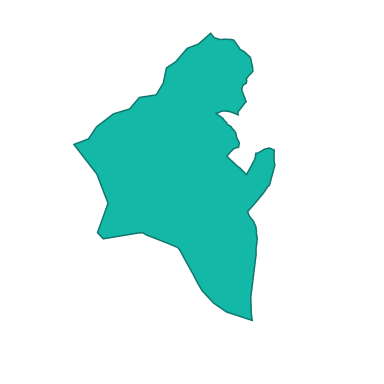 the district of Old Tafo Municipal, Ashanti, Ghana, rotated 69°
{"feature_id": "2480657B10806173713075", "entity_name": "Old Tafo Municipal", "entity_type": "district", "adm_level": 2, "iso_a3": "GHA", "parent_name": "Ghana", "parent_adm1": "Ashanti", "projection": "albers", "projection_center": [-1.61, 6.738], "detail": "fine", "context": "isolated", "style": "filled", "palette": "teal", "viewbox_px": 384, "rotation_deg": 69, "n_neighbors": 0, "source": "geoboundaries", "source_scale": "gbopen_adm2", "svg_char_len": 2377}
<svg xmlns="http://www.w3.org/2000/svg" viewBox="0 0 384 384"><g transform="rotate(69 192 192)"><path d="M50.5,117.7L56.2,133.0L56.2,145.0L64.6,160.6L67.0,171.4L80.1,179.8L88.5,190.6L84.9,207.3L92.1,220.5L90.9,237.3L96.9,257.6L105.3,269.6L105.3,285.2L141.2,274.4L172.4,274.4L196.1,294.8L203.9,291.6L211.1,256.5L211.6,255.0L212.1,253.4L212.7,252.3L215.7,250.0L232.8,231.3L237.0,227.0L238.0,225.7L239.7,224.9L242.3,224.1L251.3,223.0L268.9,220.5L279.5,219.3L287.8,217.9L303.7,211.5L309.9,207.2L316.4,202.8L333.5,181.8L327.0,180.3L311.4,174.9L273.4,154.6L267.6,152.4L267.2,152.2L266.2,151.6L265.3,151.2L264.4,150.6L263.7,150.1L262.4,149.7L261.3,149.0L260.1,148.4L258.7,147.9L257.3,147.3L255.8,147.0L254.7,147.0L254.2,146.9L253.8,146.8L253.2,146.5L252.0,146.0L251.0,145.7L249.6,145.4L248.1,145.0L246.9,144.7L245.6,144.9L244.0,145.0L242.0,145.0L240.3,145.4L238.6,145.9L237.1,146.5L235.6,146.9L234.1,147.2L232.0,147.1L230.3,147.2L223.7,134.7L219.4,127.0L216.1,122.0L214.0,119.4L213.6,117.4L196.6,105.0L191.7,104.1L188.3,102.6L186.9,102.2L182.4,100.2L178.6,104.0L178.3,106.6L178.0,109.1L178.6,112.1L179.2,116.8L178.7,118.4L180.0,119.3L181.2,119.7L183.8,121.7L185.4,123.3L186.2,124.3L188.3,126.6L195.3,135.0L186.8,138.6L184.7,140.1L183.1,141.0L180.9,141.9L178.0,143.3L175.1,144.8L173.1,145.8L171.4,146.7L170.0,144.6L169.5,143.7L169.0,142.9L168.3,141.6L167.9,140.6L167.6,139.6L167.2,139.1L166.7,137.9L166.7,137.2L166.5,135.7L166.6,134.4L167.0,132.5L163.2,130.3L162.8,130.2L157.9,130.8L152.7,130.0L149.4,130.6L147.4,131.6L144.8,132.2L141.3,135.0L139.5,134.8L137.5,136.0L134.3,136.8L132.0,138.2L130.3,139.5L129.6,139.9L128.6,140.4L127.7,140.9L127.2,141.2L127.4,138.1L127.4,137.7L127.2,136.7L127.3,135.0L127.7,133.2L128.8,131.1L129.6,129.5L130.8,127.6L131.9,126.2L134.2,123.7L134.3,123.4L135.1,122.7L136.5,121.2L135.3,121.0L134.1,120.5L133.4,119.8L132.6,118.6L131.8,117.1L129.5,113.4L128.3,111.5L127.1,109.1L114.7,109.0L113.5,108.3L111.1,106.7L110.3,105.1L109.9,102.4L107.7,101.0L105.9,100.8L104.5,98.6L103.1,96.3L102.5,94.3L101.8,93.1L101.1,91.9L98.4,91.1L97.6,90.8L95.2,90.4L92.8,90.1L88.5,89.4L87.3,89.2L86.0,89.8L84.7,90.5L79.2,93.2L79.0,93.4L78.7,93.7L77.5,94.8L76.2,95.9L73.5,96.5L72.4,96.8L69.7,97.4L67.0,98.1L65.3,98.5L63.9,100.3L63.2,101.8L62.8,102.7L61.0,107.0L60.4,109.0L59.8,111.1L58.4,112.7L56.1,115.9L50.5,117.7Z" fill="#14b8a6" stroke="#0f766e" stroke-width="1.5"/></g></svg>